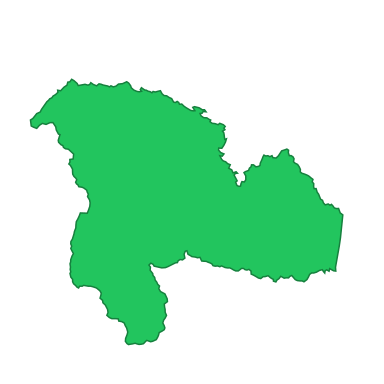 the district of Cerro Azul, Paraná, Brazil, rotated 167°
{"feature_id": "56859067B8316714109518", "entity_name": "Cerro Azul", "entity_type": "district", "adm_level": 2, "iso_a3": "BRA", "parent_name": "Brazil", "parent_adm1": "Paraná", "projection": "robinson", "projection_center": [-49.28, -24.885], "detail": "fine", "context": "isolated", "style": "filled", "palette": "green", "viewbox_px": 384, "rotation_deg": 167, "n_neighbors": 0, "source": "geoboundaries", "source_scale": "gbopen_adm2", "svg_char_len": 5423}
<svg xmlns="http://www.w3.org/2000/svg" viewBox="0 0 384 384"><g transform="rotate(167 192 192)"><path d="M246.7,75.0L244.6,77.5L245.2,80.8L244.6,83.8L244.6,85.9L244.2,89.1L240.6,90.7L240.2,93.5L241.3,98.8L245.1,102.1L246.1,105.3L244.8,107.7L246.2,109.8L246.6,112.1L247.7,114.4L247.6,117.2L248.8,119.5L248.6,121.4L250.4,125.2L249.4,128.2L250.4,130.5L248.1,131.9L246.2,130.3L245.6,128.3L238.6,124.9L234.9,124.3L232.3,124.7L224.0,126.7L222.1,126.5L221.1,128.0L218.9,128.9L216.5,128.0L213.8,129.2L213.7,133.2L211.9,135.8L210.2,135.9L209.9,132.2L207.9,130.4L206.7,129.1L203.3,127.8L201.5,126.7L198.9,126.5L198.1,122.6L196.1,121.9L193.7,121.2L192.2,120.0L190.3,118.8L188.8,117.5L188.1,115.5L186.1,114.5L183.7,114.2L181.7,112.9L179.9,113.4L176.8,111.0L174.4,110.0L172.3,109.6L170.8,108.4L168.8,106.5L167.0,105.2L164.6,104.7L160.9,106.4L159.0,105.9L157.8,104.4L156.0,103.6L153.9,103.8L152.3,101.7L152.8,98.7L150.8,97.2L148.3,94.9L146.7,93.3L144.5,92.2L141.7,93.5L140.0,93.1L136.6,93.3L135.2,91.3L134.0,89.9L132.4,88.6L132.7,86.8L130.5,85.5L128.9,87.2L126.9,87.9L124.5,89.9L123.2,88.8L121.6,87.3L119.5,87.2L117.2,86.6L115.7,87.8L113.6,88.2L112.4,85.9L111.1,83.4L109.3,82.0L106.8,81.1L104.7,80.6L103.1,79.3L99.7,80.8L97.5,83.2L96.0,85.2L93.7,86.2L91.6,85.7L88.7,85.9L85.4,86.9L82.5,87.0L81.8,84.9L80.9,83.2L80.1,85.2L78.3,85.9L76.3,84.0L75.1,86.4L73.4,84.8L71.8,83.4L69.7,82.6L69.1,86.4L60.6,106.4L57.6,114.1L50.2,135.8L52.3,138.3L52.9,143.0L54.8,143.3L56.9,144.4L57.8,146.7L58.9,148.6L60.5,148.1L62.0,149.7L65.1,149.5L66.4,151.8L66.7,154.6L68.3,156.0L68.8,159.2L69.1,161.3L70.1,163.7L70.3,167.4L72.2,167.7L72.3,169.7L71.5,172.8L72.6,174.8L71.3,177.1L72.9,179.0L74.2,180.8L75.6,182.2L78.1,184.0L80.9,185.7L82.0,187.3L81.3,189.6L81.9,192.5L82.9,195.1L85.1,196.9L86.3,198.7L85.1,201.4L85.7,203.6L87.3,205.2L89.0,205.5L89.3,208.7L88.5,211.0L89.9,212.5L92.0,212.2L95.4,211.9L99.7,207.8L102.4,206.2L105.4,207.2L105.9,209.4L108.2,208.9L109.9,210.3L112.1,210.5L113.6,211.8L114.8,210.5L116.6,207.8L119.0,204.7L119.8,202.5L121.6,202.0L124.1,202.2L125.9,204.6L127.9,205.1L128.8,203.3L130.7,202.3L132.0,200.3L135.5,199.8L137.0,199.2L136.0,195.6L136.8,191.9L138.7,190.0L141.0,190.9L142.3,189.2L143.4,186.8L145.1,187.0L146.7,188.2L147.3,191.8L145.5,192.7L146.5,196.5L147.2,199.0L145.6,200.3L143.5,200.1L144.5,201.8L147.7,201.4L148.3,204.7L150.9,206.9L148.6,210.0L150.9,211.6L152.4,213.9L154.5,215.2L155.7,217.0L156.7,221.1L154.5,220.1L152.3,221.9L155.2,224.0L156.7,226.9L156.1,228.8L153.1,227.9L150.5,230.3L148.1,233.2L146.5,236.1L148.3,235.9L148.1,238.1L147.8,240.7L147.7,242.6L148.6,244.4L145.9,245.3L146.6,247.0L144.9,248.4L146.3,250.5L149.5,252.7L151.4,251.7L154.3,253.5L156.9,254.4L158.7,256.5L157.6,257.9L159.3,259.2L160.8,260.9L163.9,261.8L166.0,264.1L166.5,266.7L164.4,266.5L163.0,267.9L160.3,267.0L161.3,269.3L163.5,269.8L164.7,271.1L166.2,272.5L170.4,274.6L172.2,274.3L170.9,270.6L172.6,270.8L174.8,271.7L178.7,275.4L180.5,277.4L182.2,280.0L184.5,280.3L184.8,282.2L186.1,283.6L187.9,282.9L189.7,283.7L190.8,287.6L193.2,289.4L195.0,291.4L197.6,292.3L199.1,294.5L200.0,297.8L202.6,297.8L205.4,297.7L207.3,298.7L208.7,297.7L210.4,299.3L212.3,300.2L213.5,301.4L215.1,302.0L217.8,305.0L219.4,303.3L218.5,301.5L220.8,301.5L223.0,302.4L224.4,303.4L225.8,304.5L227.7,307.2L227.9,309.4L229.2,312.4L230.8,314.1L235.3,313.2L239.4,313.7L242.1,312.3L245.0,312.1L247.1,313.7L248.8,313.0L250.2,314.2L254.5,316.2L256.4,317.5L258.3,318.3L261.0,316.9L264.0,319.0L266.0,321.3L267.5,319.8L269.3,319.5L272.0,321.0L278.9,321.3L279.5,323.6L282.0,327.1L283.9,328.9L286.3,326.8L288.3,327.0L289.8,324.2L293.2,322.9L297.2,320.2L300.0,321.4L300.2,319.3L302.3,318.0L304.2,317.2L305.7,316.8L307.4,315.3L309.7,314.8L311.0,313.7L313.1,312.6L320.1,306.3L321.9,304.1L325.7,303.3L327.4,301.9L330.6,299.4L333.2,298.5L333.5,295.4L333.8,292.5L331.8,290.8L329.0,288.9L325.7,291.3L322.4,292.5L319.0,290.7L314.8,291.5L311.9,290.9L310.1,286.1L310.3,283.0L309.1,278.5L307.7,277.6L310.7,272.5L310.8,270.4L309.0,267.5L307.4,266.3L307.2,264.4L305.6,262.6L302.8,261.5L301.8,260.0L298.8,255.6L300.4,250.9L303.7,251.2L304.2,248.6L305.7,247.0L304.5,245.3L303.3,241.2L303.9,238.2L304.2,236.2L303.5,233.7L302.1,231.6L301.5,229.9L303.2,227.7L302.7,225.9L301.6,224.7L301.1,222.6L298.1,221.4L296.7,220.4L294.2,217.5L294.1,215.4L293.5,213.3L294.8,211.0L293.6,207.2L293.7,204.4L294.8,201.0L297.2,197.2L298.8,194.9L305.5,196.7L307.2,194.1L309.4,191.3L311.4,189.1L312.4,186.3L313.3,183.1L315.4,180.0L316.4,177.7L319.2,172.9L321.1,171.0L321.8,168.7L321.4,166.3L322.8,164.2L322.1,161.3L321.4,158.6L323.2,156.7L325.4,153.3L325.9,151.3L327.0,149.5L327.3,146.1L328.1,144.0L328.1,141.4L329.2,140.1L329.2,138.1L329.2,136.2L328.0,133.8L328.5,131.4L328.0,129.2L326.4,127.0L325.4,125.1L324.1,124.0L322.7,125.5L320.2,124.9L318.6,125.4L316.9,124.7L314.3,123.6L312.1,123.1L309.8,121.9L306.7,120.0L304.0,116.5L303.2,114.0L303.9,112.1L305.5,109.2L303.5,106.5L303.7,104.1L301.8,101.2L301.4,99.3L300.7,96.7L300.9,93.5L302.7,91.0L300.8,88.3L298.6,86.6L295.4,85.9L292.4,85.0L292.4,82.7L289.6,81.5L287.5,79.6L287.1,76.8L286.3,74.3L286.1,70.0L287.2,67.8L289.6,64.3L290.5,61.5L289.4,58.9L288.1,57.6L286.4,57.6L284.5,57.4L281.4,57.4L280.0,56.5L277.9,55.4L275.4,55.1L273.4,55.1L271.0,56.7L269.5,57.6L268.0,56.7L266.0,55.4L263.9,55.4L260.0,56.2L258.1,58.3L256.9,59.9L255.6,62.4L252.7,63.1L250.0,64.1L249.0,65.7L249.2,68.0L249.9,71.0L248.3,73.7L246.7,75.0Z" fill="#22c55e" stroke="#15803d" stroke-width="1.5"/></g></svg>